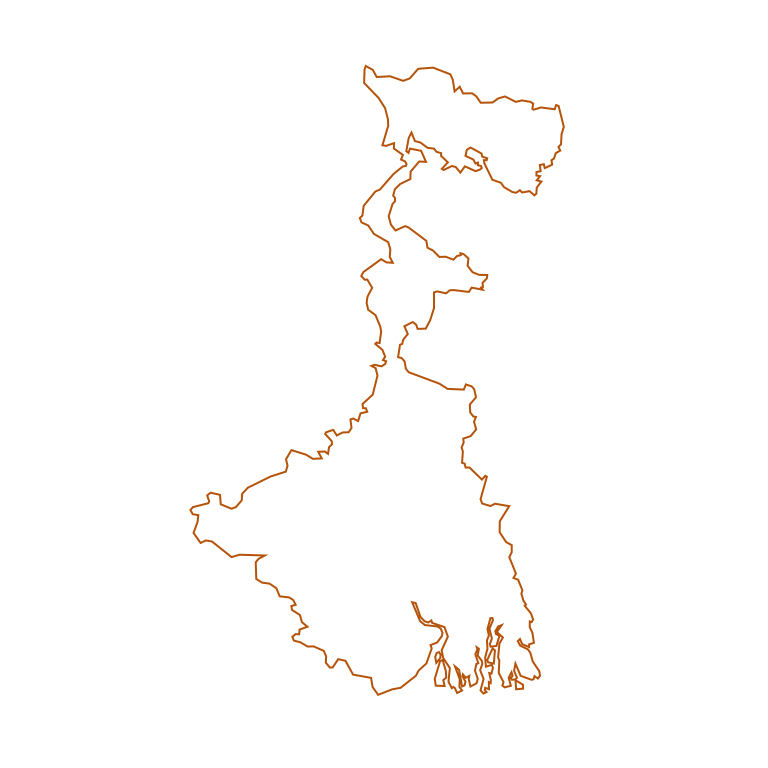 an SVG outline of West Bengal, rotated 354°
{"feature_id": "IND-3257", "entity_name": "West Bengal", "entity_type": "State", "adm_level": 1, "iso_a3": "IND", "parent_name": "India", "parent_adm1": "", "projection": "mercator", "projection_center": [88.164, 24.386], "detail": "fine", "context": "isolated", "style": "outline", "palette": "amber", "viewbox_px": 768, "rotation_deg": 354, "n_neighbors": 0, "source": "natural_earth", "source_scale": "10m", "svg_char_len": 6155}
<svg xmlns="http://www.w3.org/2000/svg" viewBox="0 0 768 768"><g transform="rotate(354 384 384)"><path d="M465.9,74.5L482.4,83.0L484.2,88.5L484.8,100.4L490.4,96.3L493.0,103.3L502.0,104.1L505.9,107.6L509.6,114.4L521.3,115.4L527.5,111.9L534.4,110.7L544.6,117.2L550.9,116.4L559.1,118.7L561.7,120.7L560.3,125.8L561.5,126.8L569.1,125.4L582.5,128.6L584.3,124.6L586.7,125.7L589.7,147.1L586.7,154.1L585.1,164.1L582.3,166.5L583.7,170.3L578.9,172.4L576.6,177.6L573.9,179.0L574.2,183.4L566.4,186.1L565.9,182.1L561.9,182.5L562.0,188.7L557.8,189.1L557.4,192.6L560.9,193.6L557.2,197.4L561.7,199.1L556.4,204.7L555.4,210.7L553.3,212.1L548.9,207.4L541.4,208.0L539.4,205.5L535.4,207.6L531.7,206.5L523.9,200.7L521.3,196.1L513.1,192.2L506.8,174.8L506.8,171.8L509.4,172.3L510.2,170.3L505.4,168.1L505.1,165.0L494.8,157.9L490.9,159.7L488.9,165.6L496.4,170.2L498.0,174.3L500.6,173.7L500.2,176.2L503.3,177.3L503.8,179.4L501.8,180.8L497.3,181.9L487.2,176.0L482.1,181.7L478.0,175.7L474.3,174.3L465.7,177.4L464.0,176.1L470.7,170.2L464.6,163.1L465.0,160.4L460.5,158.6L458.4,155.2L451.9,153.6L445.4,147.6L440.2,145.7L437.6,136.8L434.3,141.9L430.5,154.8L432.6,156.7L434.4,152.6L445.3,156.0L449.0,167.5L442.3,166.4L432.7,175.5L431.6,182.9L420.8,186.9L415.2,191.4L412.8,197.6L414.5,200.3L413.9,203.7L411.4,205.7L406.2,217.6L407.5,226.2L411.5,232.5L421.6,229.2L424.9,231.0L441.1,246.1L441.5,253.0L446.7,256.4L452.3,263.4L458.7,263.9L466.0,267.6L470.1,264.3L473.8,263.9L473.7,262.0L476.8,263.2L481.1,268.0L479.5,275.1L483.8,282.1L490.0,285.4L498.1,286.4L497.3,289.7L492.6,293.7L492.5,297.8L490.7,298.2L492.1,300.6L481.3,297.3L478.0,301.3L462.8,297.8L459.2,297.7L455.2,300.3L446.7,297.5L443.3,298.1L441.7,313.6L436.6,325.4L431.3,333.3L423.2,332.7L422.2,328.4L419.1,325.4L410.3,328.7L412.9,336.7L407.6,342.1L406.4,346.0L404.0,346.7L400.8,358.8L404.4,360.1L406.9,363.9L407.3,371.0L409.8,374.9L439.2,389.5L446.7,395.5L462.8,397.9L465.4,393.0L470.9,395.5L473.2,398.7L474.1,406.8L467.2,413.4L466.8,421.4L469.5,425.7L472.0,426.3L469.6,431.0L470.9,438.8L464.7,444.9L457.1,446.6L457.1,450.6L454.5,455.4L455.4,459.2L453.4,470.5L455.9,471.6L456.4,475.6L460.3,476.0L471.4,489.3L475.2,485.9L476.6,487.0L468.0,508.6L469.1,513.1L477.1,516.5L481.9,514.7L495.8,518.6L484.8,532.6L483.5,543.5L489.0,554.1L494.2,557.6L493.4,564.8L490.5,569.3L495.4,586.4L492.5,590.4L496.9,592.7L500.1,603.6L498.7,607.0L500.0,613.9L502.2,618.2L500.7,619.2L506.1,627.3L507.7,633.9L505.9,636.2L504.2,635.4L503.5,641.0L505.6,647.0L506.0,657.1L501.1,658.1L500.8,660.8L494.2,657.1L492.6,651.8L490.2,653.7L492.1,658.4L499.4,663.0L501.4,666.4L502.9,675.4L508.4,685.8L508.7,690.3L506.3,693.0L503.2,690.3L501.8,693.3L499.8,693.6L489.4,688.5L485.5,675.8L483.4,682.9L485.5,690.0L484.0,691.5L480.2,691.5L479.4,689.6L481.4,687.7L480.7,684.0L477.3,689.2L478.6,697.4L472.3,698.3L470.2,696.3L471.7,693.0L467.9,683.4L469.8,671.0L468.9,667.8L471.7,654.1L475.8,648.5L470.3,642.5L475.8,636.1L472.1,637.1L468.9,641.5L469.4,644.6L472.6,646.3L468.4,656.3L462.5,656.3L462.1,653.6L464.7,648.4L463.3,638.4L467.7,630.2L467.4,628.1L465.4,628.0L461.3,638.4L462.0,645.1L459.6,649.7L459.2,658.1L456.0,666.6L455.8,675.8L461.8,674.6L462.7,677.6L460.6,683.3L458.5,682.5L459.3,689.9L458.8,692.6L457.1,691.4L456.5,698.5L452.9,696.7L452.2,699.0L453.7,701.1L450.5,702.2L448.0,698.7L452.2,687.7L449.7,678.6L452.5,672.7L452.4,669.6L448.8,663.8L450.7,657.2L448.8,655.6L449.2,657.6L446.6,662.3L448.6,671.6L446.6,672.1L444.5,678.5L446.4,687.1L444.8,691.3L438.4,693.9L437.4,686.2L438.3,683.2L434.6,684.7L432.1,681.0L431.5,682.9L433.9,688.5L432.6,692.2L430.0,692.9L428.8,676.1L425.1,672.3L428.5,685.6L427.3,693.0L429.6,697.0L424.4,698.9L422.7,693.8L421.3,692.5L419.7,693.6L417.0,686.9L419.8,673.4L414.2,662.6L413.5,654.8L421.1,641.9L418.7,632.1L406.9,626.6L406.4,624.1L403.0,625.8L399.5,624.1L395.9,619.4L392.6,605.2L389.2,604.0L395.1,623.6L399.5,628.0L412.0,630.8L414.9,633.3L416.2,637.6L415.3,640.6L409.9,646.6L403.0,648.5L403.8,652.0L397.0,666.3L388.4,672.7L385.2,677.5L368.7,687.9L360.3,688.5L345.7,692.5L341.0,684.2L340.4,674.9L322.9,669.8L316.7,655.2L309.7,652.9L303.4,660.5L300.6,660.4L297.0,655.1L298.0,648.8L296.2,643.1L286.6,637.6L280.6,637.1L273.8,632.1L267.6,629.8L266.4,625.9L270.0,623.5L273.4,624.1L274.4,619.4L282.5,617.4L277.5,612.3L276.2,604.9L268.9,599.1L268.7,595.1L273.1,594.4L271.1,589.3L267.3,586.3L258.1,584.3L255.6,575.9L249.3,570.6L242.0,568.8L236.6,564.5L237.8,547.9L240.9,544.8L247.5,542.1L222.6,538.7L214.3,540.2L196.5,522.7L190.4,521.0L185.0,522.9L179.0,512.2L184.2,501.6L185.6,495.0L180.2,493.5L178.3,489.1L181.0,486.5L196.8,484.2L197.9,482.6L196.5,476.3L200.2,474.0L209.3,477.1L209.1,486.6L219.3,492.1L223.9,490.9L230.3,484.9L231.5,478.3L237.8,472.9L261.6,464.1L277.2,460.9L279.5,455.2L278.7,448.6L285.0,440.1L299.0,446.1L305.5,451.0L314.3,451.5L311.5,444.5L318.2,445.0L321.0,447.6L322.8,441.0L326.0,438.5L326.1,435.5L320.3,427.5L321.3,426.0L328.7,424.3L331.7,430.3L337.6,427.9L343.8,428.3L347.1,424.3L346.9,415.8L349.8,415.1L354.4,418.1L357.6,410.7L364.4,409.9L363.5,406.3L360.6,405.8L360.6,401.6L371.7,393.4L378.4,374.9L377.3,367.3L373.4,364.7L376.6,363.9L383.4,366.2L387.3,364.2L388.5,361.6L385.5,360.1L388.0,357.0L386.0,349.9L379.5,343.2L380.8,342.0L383.9,342.8L386.7,331.4L386.2,326.2L382.8,314.7L376.0,308.5L375.2,301.5L376.7,295.4L382.3,287.1L378.3,278.4L375.8,278.3L372.7,274.3L375.2,270.5L394.2,259.6L399.2,263.3L405.4,264.4L403.0,258.1L404.4,250.6L403.0,243.4L389.6,233.6L385.0,224.8L378.5,220.9L377.3,216.3L380.1,214.3L382.4,204.7L395.6,191.6L400.3,190.2L415.6,176.0L425.3,169.7L428.7,169.3L429.4,167.6L428.2,164.8L424.4,162.6L426.8,158.2L418.4,150.8L419.2,145.5L411.0,147.4L407.4,146.4L415.2,127.6L415.6,121.1L413.9,109.7L408.4,98.8L395.7,82.5L397.5,69.3L399.1,65.8L405.7,70.4L408.8,77.9L422.2,78.6L434.8,84.5L441.5,82.8L451.0,74.1L465.9,74.5ZM403.7,682.5L410.7,665.7L413.5,664.6L415.5,675.9L415.2,682.5L412.0,684.7L412.7,690.7L403.9,689.4L403.7,682.5ZM457.8,669.3L464.4,658.3L466.5,660.5L464.0,673.5L458.5,671.7L457.8,669.3ZM483.8,692.4L490.8,697.6L490.5,701.5L483.5,701.4L483.8,692.4ZM406.8,666.8L406.4,660.8L408.2,657.1L410.7,656.4L412.0,659.0L411.3,662.5L406.8,666.8Z" fill="none" stroke="#b45309" stroke-width="2"/></g></svg>